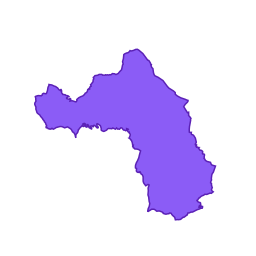 the district of Resita, Caras-Severin, Romania, rotated 193°
{"feature_id": "2599482B11071045688539", "entity_name": "Resita", "entity_type": "district", "adm_level": 2, "iso_a3": "ROU", "parent_name": "Romania", "parent_adm1": "Caras-Severin", "projection": "mercator", "projection_center": [21.973, 45.299], "detail": "fine", "context": "isolated", "style": "filled", "palette": "violet", "viewbox_px": 256, "rotation_deg": 193, "n_neighbors": 0, "source": "geoboundaries", "source_scale": "gbopen_adm2", "svg_char_len": 5843}
<svg xmlns="http://www.w3.org/2000/svg" viewBox="0 0 256 256"><g transform="rotate(193 128 128)"><path d="M143.4,203.9L144.0,202.5L145.0,201.3L146.2,200.8L147.8,199.6L148.6,198.6L148.1,194.6L148.2,191.3L147.1,189.2L147.5,188.2L147.4,185.2L147.4,183.3L148.8,181.0L149.8,178.9L151.8,177.4L153.2,177.8L155.5,177.5L156.4,176.2L157.0,175.9L157.7,175.9L158.9,175.2L160.1,175.2L161.1,174.7L161.5,174.8L161.9,174.8L162.3,174.3L163.1,174.1L164.0,174.0L164.4,173.8L164.8,173.8L165.2,174.2L165.8,174.3L168.2,173.7L169.4,172.6L172.0,171.6L172.5,170.4L173.2,169.5L172.4,168.2L172.8,166.9L172.5,165.6L172.7,164.6L173.0,164.2L173.6,162.6L174.2,161.9L174.2,161.7L173.3,160.5L174.3,159.5L174.5,158.2L174.1,157.4L174.7,156.9L175.2,157.3L175.9,156.3L175.8,155.0L176.3,153.3L177.6,152.2L177.7,151.5L178.2,150.4L178.5,150.2L179.2,149.1L180.9,148.0L182.7,146.5L184.3,144.3L183.9,143.2L184.5,141.8L184.9,141.7L188.2,142.0L189.5,141.7L190.5,141.2L190.2,143.2L190.9,143.7L191.3,143.8L191.5,142.7L194.4,142.9L194.6,143.6L192.7,145.4L193.8,145.9L195.9,145.8L196.8,146.3L197.7,146.1L198.4,146.2L199.0,146.0L200.7,147.5L201.0,149.2L201.8,150.4L202.2,150.3L202.3,149.7L202.1,149.2L204.1,149.9L205.7,151.3L206.8,151.6L207.7,152.1L209.7,152.3L211.8,152.8L214.8,152.6L214.6,151.8L215.1,149.7L214.9,146.4L215.2,143.4L215.6,142.9L218.1,142.8L219.0,141.9L219.1,141.4L219.0,140.9L219.7,139.9L222.8,139.4L224.8,138.3L225.4,137.7L224.5,136.1L224.2,134.5L223.7,133.6L224.4,131.3L224.1,129.9L222.4,127.6L222.0,125.6L221.1,124.2L220.2,122.6L219.5,122.0L216.7,120.7L215.7,119.6L213.2,117.8L212.9,117.2L211.3,116.1L210.9,115.3L209.6,114.5L208.9,113.2L207.9,112.2L208.1,110.7L207.9,110.0L207.6,109.8L207.0,110.3L205.5,109.3L204.7,109.5L204.0,109.3L203.5,109.6L202.9,109.5L202.0,110.6L200.6,110.0L199.4,110.9L198.1,112.3L194.5,114.2L192.5,114.5L189.7,113.9L187.2,115.5L183.7,114.3L182.7,113.6L181.1,111.7L180.0,111.5L179.6,111.1L178.0,109.5L177.7,108.6L176.6,106.6L177.1,108.6L177.2,109.9L177.0,110.5L176.2,111.9L176.0,112.6L176.0,113.5L175.8,114.4L176.0,115.2L175.3,116.1L174.9,117.3L173.6,119.2L173.1,120.3L172.5,119.6L172.1,119.4L171.5,119.5L170.7,120.4L171.0,120.9L172.3,121.5L172.7,122.1L172.4,122.3L171.3,122.7L170.2,122.2L170.0,121.9L169.9,120.3L169.8,120.0L169.2,119.6L168.7,119.5L168.2,119.7L167.9,120.1L168.4,121.5L168.3,122.2L168.0,122.3L166.9,121.5L166.2,119.8L166.0,119.6L163.3,118.8L163.2,118.9L163.2,119.2L163.5,119.8L164.9,121.0L164.7,121.5L163.5,122.0L162.3,121.3L162.1,121.6L162.1,122.6L161.9,122.9L161.5,123.0L160.5,122.7L158.2,121.2L157.6,121.2L157.1,121.6L157.1,121.8L157.2,122.2L158.4,122.9L159.2,124.3L159.3,124.6L159.2,125.1L158.7,125.3L155.5,124.1L154.1,121.8L153.8,120.5L153.6,119.9L152.8,119.5L151.1,119.2L150.5,119.4L148.5,121.0L148.2,121.4L147.9,122.2L147.2,122.9L146.5,123.3L145.4,123.3L144.5,123.7L143.6,123.6L142.8,124.6L140.0,124.0L139.1,125.5L138.0,124.6L136.9,124.9L136.0,124.9L135.2,126.3L135.0,126.6L134.4,126.7L133.5,126.4L132.6,125.5L132.0,125.1L131.5,125.0L130.8,125.2L129.5,124.8L128.7,125.5L129.2,127.1L127.7,127.0L127.4,126.7L127.8,126.3L128.0,125.7L127.5,124.7L126.7,124.1L126.3,124.1L126.0,124.4L125.9,124.3L125.7,124.1L125.7,123.4L125.0,123.0L124.3,122.1L124.2,121.6L124.5,119.2L124.4,118.7L124.5,118.6L124.3,118.4L124.5,118.3L123.3,117.8L122.6,117.0L122.0,116.9L120.5,114.6L119.9,113.1L119.3,112.6L119.2,112.2L119.4,112.1L119.1,111.7L119.0,111.8L119.0,111.4L119.3,111.3L119.3,111.1L118.6,110.7L118.6,110.3L118.3,109.9L117.4,109.8L117.0,109.3L116.6,109.1L114.5,109.5L112.8,109.4L110.6,108.6L110.8,104.8L110.8,101.5L111.4,98.1L112.0,96.1L112.3,93.5L112.0,91.6L111.7,90.7L110.6,90.5L110.4,90.1L110.4,89.2L110.2,88.0L109.5,87.3L108.4,87.0L107.8,87.1L107.3,87.7L106.8,87.3L106.3,87.9L106.1,87.7L105.6,87.1L105.0,86.2L103.5,85.6L102.3,83.9L101.3,79.6L100.7,78.5L100.0,77.6L97.7,75.7L95.8,77.5L94.6,77.2L94.9,74.0L94.1,71.4L93.5,67.3L92.3,65.3L90.9,61.3L89.8,59.3L89.7,56.3L90.2,54.0L90.1,53.1L90.2,52.4L90.0,51.3L89.5,51.3L86.6,54.2L84.3,54.7L82.5,54.1L82.2,53.8L81.3,53.4L78.9,54.2L76.3,53.9L74.9,53.5L74.5,52.7L72.2,52.5L71.3,52.7L69.7,53.5L68.9,53.6L68.6,54.3L68.1,54.6L66.8,54.6L66.0,53.7L64.8,52.8L62.4,51.5L61.2,49.2L58.8,50.0L58.2,50.0L56.2,50.8L54.2,53.5L53.5,53.5L52.0,55.2L51.1,56.5L50.7,56.6L50.5,58.7L49.1,59.1L47.8,60.2L46.2,60.6L42.3,63.9L39.8,65.4L39.4,66.0L37.6,66.6L37.5,67.2L37.7,68.3L38.9,68.3L40.5,66.9L41.0,66.8L41.0,68.2L39.8,69.4L40.5,71.3L41.0,71.6L42.1,71.6L43.3,71.9L43.7,72.1L44.5,73.0L43.8,73.6L43.6,74.6L42.9,76.1L42.5,76.1L41.7,77.5L40.9,78.3L39.6,79.3L39.2,79.4L38.3,80.7L36.3,81.0L33.4,83.0L32.1,83.1L30.6,85.0L32.1,85.7L32.5,86.2L32.8,87.0L32.5,88.9L32.8,89.2L33.3,90.4L33.7,90.8L34.2,92.8L35.2,93.2L35.3,94.4L34.9,95.9L35.0,96.5L35.3,96.9L35.5,98.1L35.8,101.1L35.7,102.2L34.9,104.2L34.2,110.6L36.7,110.7L38.2,110.9L39.1,111.8L39.9,113.1L43.5,113.2L45.4,113.9L46.1,114.9L47.1,115.5L47.1,116.6L47.4,117.6L47.3,118.4L47.6,119.5L47.8,119.6L48.1,119.5L48.6,119.7L49.3,119.5L49.7,119.8L49.8,120.3L49.8,121.4L50.0,122.0L51.3,122.7L52.9,122.6L53.2,122.8L53.9,123.6L54.7,123.9L54.9,124.3L54.5,124.9L55.3,124.8L56.1,125.1L56.8,124.7L57.5,125.2L57.5,126.0L57.3,126.7L57.4,127.0L58.4,126.7L58.8,127.4L58.3,129.0L58.3,129.6L60.1,133.3L62.3,135.5L63.4,136.0L64.5,136.0L64.9,136.3L65.3,137.5L65.3,138.0L67.0,137.6L67.3,137.7L68.0,140.3L68.4,143.1L68.7,149.5L69.0,150.4L68.8,151.5L70.0,152.6L71.8,153.9L71.9,154.8L72.5,157.0L73.5,156.3L78.5,161.3L77.6,163.9L76.0,166.4L75.6,167.4L75.7,168.4L77.1,168.5L78.5,168.8L83.4,169.3L87.1,170.3L89.5,171.5L90.0,173.2L92.0,174.3L97.2,176.1L99.2,177.5L104.6,182.1L110.1,184.2L113.5,184.9L114.6,185.9L115.6,187.6L117.1,191.5L118.7,192.5L119.2,193.6L119.6,193.9L119.5,195.1L120.2,195.2L120.8,196.4L122.8,198.4L124.2,198.6L124.3,198.9L124.6,199.0L130.3,203.9L135.0,206.3L136.5,206.8L138.0,206.4L140.3,204.7L142.4,203.7L143.4,203.9Z" fill="#8b5cf6" stroke="#5b21b6" stroke-width="1.5"/></g></svg>